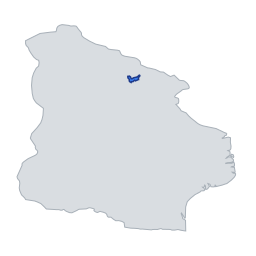 Yorro, Taraba, Nigeria (highlighted), rotated 272°
{"feature_id": "59680162B40051654285197", "entity_name": "Yorro", "entity_type": "district", "adm_level": 2, "iso_a3": "NGA", "parent_name": "Nigeria", "parent_adm1": "Taraba", "projection": "equal_earth", "projection_center": [11.57, 8.882], "detail": "fine", "context": "in_parent", "style": "filled", "palette": "blue", "viewbox_px": 256, "rotation_deg": 272, "n_neighbors": 0, "source": "geoboundaries", "source_scale": "gbopen_adm2", "svg_char_len": 5260}
<svg xmlns="http://www.w3.org/2000/svg" viewBox="0 0 256 256"><g transform="rotate(272 128 128)"><path d="M211.7,22.6L219.4,36.8L221.1,47.3L221.7,52.5L223.0,53.1L225.4,53.4L227.1,54.4L228.2,56.1L228.8,57.8L229.0,58.7L228.5,65.0L227.9,67.3L228.2,70.4L228.1,71.8L227.9,72.7L226.8,73.7L225.4,74.7L221.9,77.8L220.9,78.2L219.4,78.3L218.2,79.0L216.7,80.7L213.4,86.7L210.7,92.8L208.7,102.7L206.2,105.7L205.8,108.5L205.4,114.6L205.0,116.5L204.6,117.0L202.0,118.2L200.5,119.6L199.6,122.4L198.4,131.9L198.0,133.5L197.2,135.1L195.8,136.9L194.6,137.9L191.6,138.5L188.7,145.7L188.7,146.9L187.4,153.4L185.2,158.3L185.1,161.5L182.3,165.8L180.9,168.7L182.3,171.8L182.4,172.3L177.7,177.5L177.4,178.3L177.2,181.8L176.8,182.8L175.9,184.1L174.7,185.6L173.3,186.7L171.9,187.5L170.4,187.8L169.6,187.3L169.2,186.2L168.4,181.8L168.0,180.9L167.1,180.0L163.4,175.2L161.2,173.5L160.7,173.6L160.3,174.1L159.7,176.5L159.1,177.4L157.9,177.7L155.9,177.8L154.4,177.4L154.0,176.9L153.3,175.0L148.8,179.4L147.1,180.4L145.1,185.6L142.2,188.2L140.2,190.5L134.9,197.6L133.8,199.7L132.8,202.8L130.5,216.1L126.8,224.5L126.3,226.2L126.1,226.2L125.6,226.9L124.2,226.5L123.6,224.9L122.7,224.7L121.2,222.4L120.8,222.8L122.4,228.5L121.8,230.8L117.3,230.8L113.5,231.6L110.8,231.5L109.5,230.7L108.9,228.5L108.7,228.8L108.5,229.9L107.7,230.8L104.7,231.0L103.4,229.5L102.3,227.9L101.2,227.1L101.4,227.8L102.7,229.4L102.5,231.8L100.1,234.4L98.6,234.6L97.6,233.4L97.1,231.6L96.9,228.8L96.3,226.9L95.9,226.9L96.3,230.0L96.3,232.8L97.5,235.0L95.7,235.7L93.6,235.7L93.4,234.9L93.1,233.1L92.7,232.6L92.3,235.7L88.0,236.6L87.3,236.4L87.2,235.9L87.5,235.0L87.5,233.6L86.5,234.7L86.4,236.8L85.8,237.2L84.2,236.9L82.4,235.8L79.5,233.1L75.9,228.7L75.3,226.8L74.3,224.3L72.4,217.7L72.8,217.4L73.6,217.8L74.0,217.1L72.5,216.7L72.2,216.2L72.1,214.7L72.2,212.9L74.5,212.0L75.0,210.9L75.3,209.8L72.5,211.5L69.9,209.6L69.4,208.4L69.6,207.6L72.7,207.5L73.7,206.7L73.1,206.4L71.9,206.4L71.5,205.8L71.5,204.5L71.2,204.8L70.7,206.0L68.9,206.9L67.9,206.0L67.8,204.0L67.6,203.1L66.7,202.4L63.7,197.2L59.8,192.8L56.4,189.8L51.2,188.4L40.4,188.4L39.8,188.0L40.4,187.3L41.4,186.9L44.9,184.4L44.3,184.1L40.7,185.6L39.4,185.8L37.8,188.7L27.1,189.3L27.2,188.0L27.7,184.2L28.3,181.5L27.6,178.3L27.5,175.4L27.9,174.5L28.1,173.4L28.0,165.9L28.6,164.8L28.6,164.1L27.6,160.9L27.6,158.4L27.4,156.1L27.0,155.0L27.5,145.9L27.4,143.6L27.8,142.0L28.0,138.1L28.0,134.3L28.8,128.2L33.3,127.4L34.5,125.0L35.1,122.0L34.9,119.0L36.4,116.5L38.3,114.1L38.2,111.6L38.7,110.8L39.6,110.2L40.8,109.9L42.1,108.7L42.9,106.5L43.7,102.9L42.5,100.5L42.6,99.9L43.0,98.6L43.8,97.3L44.3,96.8L45.6,97.2L46.1,96.7L47.0,92.8L46.9,91.7L45.7,89.1L45.1,82.0L44.7,81.1L43.8,79.8L41.3,74.9L41.4,72.5L42.5,69.5L43.2,68.1L44.2,67.2L44.4,66.6L44.1,65.7L43.6,65.1L43.5,63.7L44.0,61.8L43.9,59.8L44.2,49.2L46.3,47.1L49.4,43.6L50.9,40.0L51.8,37.3L52.9,28.2L54.5,27.2L57.5,23.9L61.6,22.0L64.3,21.4L68.9,21.8L71.3,21.4L73.3,19.6L74.3,19.1L75.5,18.8L87.1,23.5L88.2,23.3L89.1,23.6L90.5,24.9L93.9,29.3L97.4,36.1L98.5,37.6L99.7,38.3L100.8,38.6L101.7,38.5L102.5,37.9L103.6,36.6L105.3,36.0L106.7,36.1L114.0,30.9L114.7,30.8L119.1,32.0L125.2,37.2L130.1,40.6L133.6,41.8L137.7,42.6L144.7,42.8L149.9,35.5L151.9,33.9L154.2,32.4L159.1,31.1L167.2,30.1L174.9,30.5L179.6,31.8L184.6,34.2L186.7,36.5L190.1,36.9L192.5,36.4L193.3,34.1L195.7,31.2L199.4,28.4L202.3,26.5L204.8,25.6L206.9,23.4L208.7,22.7L211.7,22.6ZM105.0,234.0L103.3,234.7L102.2,234.5L103.7,231.5L104.5,232.1L105.4,232.4L105.0,234.0Z" fill="#d9dde1" stroke="#a8b0b8" stroke-width="1"/><path d="M175.4,133.7L175.7,134.3L175.8,134.7L175.9,135.0L176.1,135.3L176.2,135.6L176.3,135.7L176.4,135.9L176.5,136.1L176.6,136.3L176.7,136.5L176.8,136.6L176.8,136.9L177.0,136.9L177.3,136.9L177.5,136.8L177.6,136.7L177.8,136.7L178.0,136.7L178.3,136.7L178.5,136.7L178.6,136.8L178.8,136.8L179.3,137.1L179.5,137.3L179.8,137.6L180.0,137.7L180.1,137.8L180.4,137.9L180.5,138.0L180.8,138.0L181.0,137.9L181.2,137.5L181.2,137.4L181.0,137.2L180.8,137.0L180.7,136.9L180.7,137.0L180.7,136.9L180.4,136.7L180.2,136.5L180.1,136.2L179.9,136.1L179.7,136.0L179.6,135.8L179.5,135.5L179.4,135.4L179.3,135.2L179.2,134.8L179.1,134.7L178.9,134.4L178.9,134.2L178.9,133.9L178.9,133.6L178.8,133.3L178.7,133.2L178.6,132.8L178.5,132.5L178.5,132.3L178.5,132.2L178.4,131.9L178.2,131.7L177.9,131.3L177.8,131.2L177.8,130.9L177.6,130.8L177.5,130.6L177.4,130.5L177.3,130.3L177.3,130.1L177.3,129.9L177.4,129.7L177.5,129.6L177.7,129.4L177.9,129.3L178.0,129.2L178.3,129.0L178.4,128.9L178.5,128.9L178.9,128.8L178.9,128.7L179.0,128.7L179.3,128.5L179.4,128.4L179.6,128.1L179.7,127.9L179.8,127.8L179.9,127.7L179.8,127.4L179.7,127.3L179.7,127.2L179.6,126.9L179.6,126.7L179.6,126.3L179.7,126.2L179.4,126.0L179.2,126.1L178.8,126.1L178.7,126.1L178.2,126.2L177.9,126.3L177.7,126.5L177.4,126.8L177.2,127.0L176.9,127.3L176.7,127.5L176.4,127.8L176.2,127.8L176.0,127.7L175.9,127.7L175.7,127.6L175.4,127.6L175.1,127.6L174.9,127.7L174.7,127.9L174.6,128.0L174.4,128.1L174.1,128.5L174.0,128.9L173.9,129.1L173.8,129.3L173.7,129.4L173.6,129.5L174.1,129.8L174.5,130.0L174.5,130.5L174.5,131.2L174.5,131.3L174.6,131.5L174.8,131.6L175.0,131.8L175.2,132.0L175.3,132.1L175.5,132.3L175.9,132.6L176.0,132.8L176.0,133.1L175.9,133.3L175.7,133.5L175.4,133.7Z" fill="#3b82f6" stroke="#1e3a8a" stroke-width="1.5"/></g></svg>